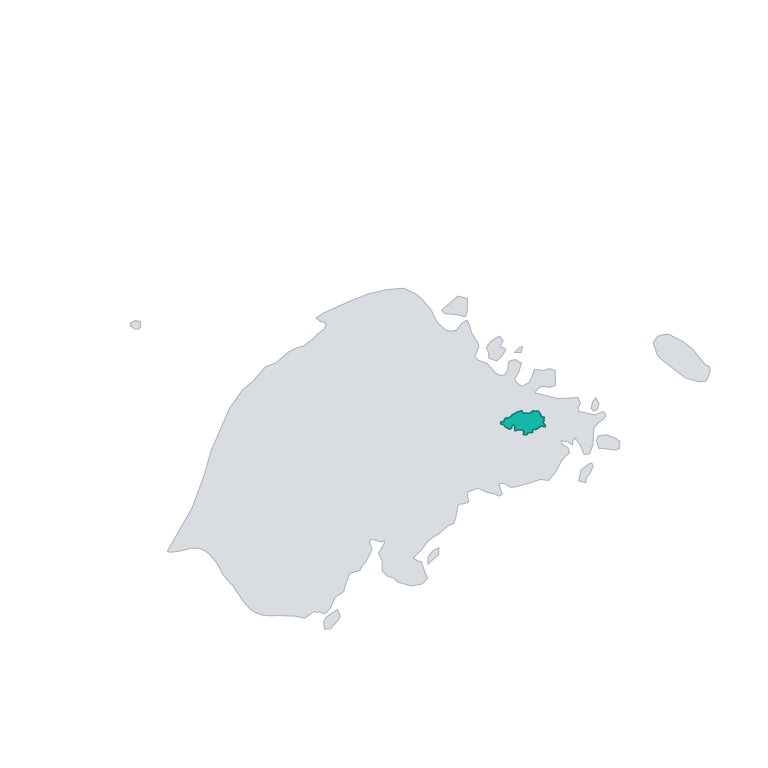 Hwasun-gun, South Jeolla, South Korea shown in context, rotated 234°
{"feature_id": "91817680B60872934813823", "entity_name": "Hwasun-gun", "entity_type": "district", "adm_level": 2, "iso_a3": "KOR", "parent_name": "South Korea", "parent_adm1": "South Jeolla", "projection": "albers", "projection_center": [127.037, 35.018], "detail": "fine", "context": "in_parent", "style": "filled", "palette": "teal", "viewbox_px": 768, "rotation_deg": 234, "n_neighbors": 0, "source": "geoboundaries", "source_scale": "gbopen_adm2", "svg_char_len": 4611}
<svg xmlns="http://www.w3.org/2000/svg" viewBox="0 0 768 768"><g transform="rotate(234 384 384)"><path d="M238.5,195.9L240.9,194.0L241.1,191.3L241.2,182.3L248.1,176.1L258.1,163.3L262.9,156.3L268.5,149.8L274.9,145.4L281.1,143.3L291.0,142.4L309.9,143.2L313.6,142.4L326.8,141.7L329.9,142.8L339.5,143.5L350.1,142.5L355.4,140.6L360.3,137.3L364.5,131.5L368.8,120.7L373.5,112.1L376.2,110.5L396.2,155.3L415.3,184.1L431.6,204.8L455.2,245.0L462.4,266.5L463.3,279.9L467.6,298.4L464.6,309.0L466.0,325.7L464.7,334.4L462.1,340.8L462.2,352.9L463.3,359.4L463.6,368.0L465.5,371.3L468.2,372.5L472.3,369.3L477.4,367.8L476.7,378.2L471.2,404.6L466.2,423.8L459.2,440.7L450.1,456.1L438.9,462.3L430.9,464.6L415.7,465.6L403.1,463.3L392.2,465.3L387.9,468.5L384.8,474.0L387.3,482.4L387.0,488.6L382.4,488.2L373.1,484.7L362.9,484.3L358.1,482.6L353.2,473.7L348.3,474.1L339.7,479.5L326.7,480.8L322.1,483.6L320.5,487.3L322.4,492.0L329.0,498.1L326.9,504.3L320.0,507.5L314.4,499.9L310.9,492.4L307.1,492.0L301.1,494.2L299.9,502.2L302.7,507.7L307.3,514.1L300.9,521.4L299.2,526.7L294.6,530.5L282.0,522.1L283.8,516.2L289.2,510.5L289.8,504.6L288.0,501.0L270.1,516.0L259.0,532.9L253.1,531.7L250.7,527.3L247.2,525.6L235.2,536.4L232.9,545.1L228.5,545.4L226.6,541.7L226.5,533.9L224.5,527.3L212.2,517.5L206.6,509.1L209.7,504.4L220.0,507.0L228.2,506.7L226.6,502.7L223.9,500.8L229.4,498.6L233.9,494.0L230.2,492.7L224.4,495.4L219.6,494.0L217.8,483.0L212.1,471.6L209.2,460.6L214.9,454.3L217.9,444.5L223.3,430.3L226.0,425.7L233.3,422.4L236.0,418.7L231.9,416.8L225.5,415.1L225.7,411.0L230.1,408.8L235.0,404.3L244.5,398.8L247.4,388.4L244.7,385.8L238.8,383.3L240.2,378.1L242.6,374.1L241.7,371.7L234.8,364.9L230.2,358.7L231.6,351.7L230.6,341.0L231.3,332.1L231.0,327.3L227.7,316.4L226.2,305.5L221.8,307.0L218.2,309.7L205.4,305.8L201.4,305.5L199.8,297.4L204.5,287.5L215.4,278.8L221.6,277.7L226.3,273.9L233.6,272.7L242.4,278.7L250.3,279.9L254.6,290.2L257.3,292.4L257.9,288.6L264.3,284.2L265.8,280.8L264.4,279.0L257.1,277.2L250.6,264.4L249.7,258.8L247.3,255.2L250.9,245.0L243.3,233.3L239.7,229.6L240.2,219.2L236.3,212.5L234.1,208.8L232.8,202.5L234.0,199.6L237.4,198.6L238.5,195.9ZM210.7,655.3L206.9,657.5L203.4,656.1L202.5,655.0L198.3,649.2L197.2,646.2L200.1,640.6L211.8,631.4L241.9,622.6L247.4,622.2L259.2,626.1L261.7,633.3L259.6,639.5L256.8,643.6L243.0,650.6L232.2,653.9L210.7,655.3ZM411.7,495.5L404.0,501.8L393.4,493.7L390.8,489.1L398.7,482.2L405.3,474.4L409.8,473.8L411.7,495.5ZM355.8,495.5L355.0,505.4L349.1,505.9L345.6,499.6L341.9,502.7L340.0,502.8L337.0,494.9L336.4,488.8L343.3,484.0L347.4,486.8L353.4,488.2L355.8,495.5ZM203.8,539.6L198.4,541.1L195.5,537.6L193.4,536.6L194.6,532.1L203.4,523.2L205.1,520.1L213.1,522.1L216.0,526.8L212.3,534.0L203.8,539.6ZM229.4,200.4L229.0,213.7L224.6,213.1L221.6,211.8L220.3,209.2L217.4,196.8L220.8,191.7L227.3,195.8L229.4,200.4ZM199.0,503.2L197.8,505.6L194.2,504.8L190.6,497.9L189.1,492.4L185.5,489.3L191.4,484.6L198.8,493.2L199.0,503.2ZM220.4,325.7L219.3,332.2L213.9,327.9L212.5,313.6L218.0,317.8L220.4,325.7ZM581.3,220.5L577.7,223.6L573.3,220.8L572.7,217.7L574.8,214.8L580.0,213.0L582.5,215.3L581.3,220.5ZM247.0,542.5L248.4,547.3L241.7,546.4L238.1,541.7L238.6,537.8L242.6,537.2L247.0,542.5ZM333.9,515.0L333.0,518.1L328.8,513.4L332.8,508.2L333.9,515.0Z" fill="#d9dde1" stroke="#a8b0b8" stroke-width="1"/><path d="M269.0,462.5L268.6,464.0L268.0,465.3L267.4,466.5L266.4,467.5L265.4,468.7L263.5,469.5L262.5,468.4L262.1,467.5L260.8,467.1L260.7,467.2L259.6,468.9L259.0,470.1L259.6,471.0L259.8,471.6L259.1,472.7L258.9,473.8L258.2,474.4L257.5,475.9L258.7,476.6L259.3,477.4L259.1,478.4L258.8,479.1L258.1,479.8L257.8,480.7L257.6,483.5L257.6,485.3L257.6,486.5L257.1,487.3L256.2,487.7L255.3,488.2L254.7,489.6L255.6,490.3L256.4,490.2L257.6,490.2L258.9,490.1L259.9,490.4L260.1,492.1L261.7,492.7L262.6,494.1L263.4,494.0L263.9,493.0L264.9,492.2L266.0,492.3L266.5,492.7L268.9,493.1L270.3,493.0L271.7,492.8L272.9,490.9L273.5,489.6L274.6,489.3L274.8,488.2L274.9,487.0L274.4,485.9L274.8,484.5L275.5,483.2L276.5,482.5L277.2,481.5L277.9,480.3L279.1,479.7L280.4,479.7L281.7,479.6L282.1,478.0L282.4,476.8L283.0,475.8L283.2,474.8L283.2,473.5L283.2,471.8L283.8,470.8L283.8,469.9L283.3,468.4L283.2,467.5L283.3,466.5L283.5,465.4L283.7,464.3L283.8,463.5L284.7,463.3L285.0,461.8L284.6,460.6L283.8,459.8L283.3,458.6L284.0,457.7L284.7,456.9L284.4,455.9L283.5,455.0L282.4,455.1L281.4,456.4L280.2,456.8L277.0,457.2L277.0,457.3L276.0,458.1L274.3,458.5L273.4,459.4L273.3,461.1L274.0,462.1L274.9,463.0L275.1,463.9L274.7,464.8L273.8,465.0L272.5,464.6L271.2,463.4L270.0,462.9L269.9,462.8L269.0,462.5Z" fill="#14b8a6" stroke="#0f766e" stroke-width="1.5"/></g></svg>